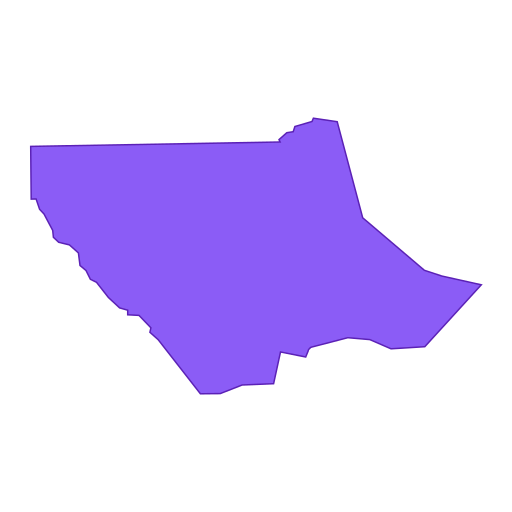 the district of Lycoming, Pennsylvania, United States of America
{"feature_id": "52423323B77713055923502", "entity_name": "Lycoming", "entity_type": "district", "adm_level": 2, "iso_a3": "USA", "parent_name": "United States of America", "parent_adm1": "Pennsylvania", "projection": "orthographic", "projection_center": [-77.127, 41.333], "detail": "fine", "context": "isolated", "style": "filled", "palette": "violet", "viewbox_px": 512, "rotation_deg": 0, "n_neighbors": 0, "source": "geoboundaries", "source_scale": "gbopen_adm2", "svg_char_len": 764}
<svg xmlns="http://www.w3.org/2000/svg" viewBox="0 0 512 512"><path d="M31.0,179.6L31.2,199.1L36.1,199.0L39.6,209.3L44.0,214.0L52.7,230.4L53.4,237.3L58.7,242.3L69.4,244.9L78.4,252.9L80.0,265.5L86.0,270.5L90.4,279.3L96.5,282.3L108.4,297.5L119.6,307.9L127.7,310.2L127.7,314.8L139.0,315.4L150.9,327.8L149.9,332.3L158.1,339.6L200.4,393.8L208.3,393.7L220.2,393.6L242.1,385.0L273.6,383.7L280.5,352.0L305.7,357.0L308.2,350.9L308.3,350.2L308.8,349.3L310.0,348.2L310.3,347.6L311.6,347.1L347.8,337.7L369.8,339.6L391.0,348.8L405.9,347.9L424.8,346.7L481.3,284.8L441.7,276.0L424.4,270.3L362.7,217.8L337.2,121.7L313.4,118.2L312.0,121.5L294.9,126.5L293.2,131.7L286.8,132.7L279.0,139.6L280.1,142.0L30.7,146.4L31.0,179.6Z" fill="#8b5cf6" stroke="#5b21b6" stroke-width="1.5"/></svg>